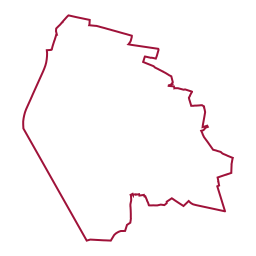 Bergen op Zoom, Noord-Brabant, Netherlands
{"feature_id": "6326949B50303337761735", "entity_name": "Bergen op Zoom", "entity_type": "district", "adm_level": 2, "iso_a3": "NLD", "parent_name": "Netherlands", "parent_adm1": "Noord-Brabant", "projection": "equal_earth", "projection_center": [4.307, 51.505], "detail": "fine", "context": "isolated", "style": "outline", "palette": "rose", "viewbox_px": 256, "rotation_deg": 0, "n_neighbors": 0, "source": "geoboundaries", "source_scale": "gbopen_adm2", "svg_char_len": 4899}
<svg xmlns="http://www.w3.org/2000/svg" viewBox="0 0 256 256"><path d="M86.7,240.6L89.5,239.8L90.1,239.6L90.3,239.6L90.7,239.6L103.5,240.3L106.5,240.4L110.8,240.6L114.1,235.1L114.4,234.8L114.7,234.5L114.9,234.3L115.3,234.0L115.8,233.5L116.2,233.2L116.9,232.8L117.5,232.4L118.3,232.0L118.7,231.8L119.1,231.6L120.0,231.3L120.5,231.1L120.9,231.0L121.3,231.0L121.6,231.0L121.9,231.0L123.3,231.0L125.1,230.9L127.0,224.9L129.4,223.3L130.3,222.7L130.6,220.7L130.7,220.3L130.7,219.9L130.9,218.5L130.8,217.6L130.8,217.4L130.8,217.2L130.8,215.5L130.8,214.8L130.8,213.8L130.7,210.2L130.5,206.7L130.4,206.4L130.4,204.3L131.0,201.3L131.1,200.8L131.2,200.2L131.2,199.9L131.2,199.5L131.0,196.1L131.0,195.8L130.9,195.6L130.8,195.3L130.6,194.9L132.5,193.9L132.6,194.4L132.7,194.7L132.8,194.8L133.1,195.3L133.2,194.6L135.7,194.3L135.8,194.7L139.1,194.2L139.4,195.6L143.8,194.9L143.8,195.0L144.5,196.5L145.0,196.4L145.3,196.3L145.4,196.6L145.5,196.9L145.8,197.4L146.4,198.9L146.8,199.7L147.0,200.6L147.8,202.2L148.3,203.4L148.5,204.0L148.6,204.6L148.9,205.3L149.1,205.4L149.3,205.4L149.7,205.4L151.1,205.4L152.0,205.4L153.1,205.3L155.0,205.4L157.3,205.4L157.7,205.3L160.8,204.6L164.2,205.1L164.3,205.1L164.5,205.0L166.7,203.2L166.7,201.7L171.8,198.3L172.9,199.0L174.9,200.4L176.1,201.2L179.0,203.1L183.5,206.0L188.7,201.0L190.2,202.5L190.6,202.8L191.0,203.1L191.2,203.3L191.8,203.6L192.1,203.8L192.8,204.2L193.4,204.4L194.1,204.6L196.5,205.2L200.7,206.1L215.2,209.2L223.5,211.0L224.9,211.3L225.0,211.2L222.5,203.2L221.9,201.2L219.8,194.4L218.4,189.9L217.3,186.3L219.1,185.5L218.7,183.5L218.6,182.8L218.4,182.2L218.5,182.2L218.1,180.0L217.8,178.4L217.6,177.5L220.2,176.6L226.7,174.4L226.7,174.5L231.3,172.9L231.3,172.1L231.5,166.8L231.6,164.5L231.5,164.3L231.7,163.3L231.9,162.3L232.1,161.0L232.3,159.9L232.5,159.0L232.5,158.7L232.8,157.9L231.8,157.5L228.6,156.2L227.6,155.8L227.0,155.5L226.4,155.2L225.2,154.7L223.0,153.8L222.8,153.6L222.6,153.5L222.4,153.4L222.2,153.3L220.8,152.0L220.6,151.9L220.3,151.8L217.5,151.0L216.1,150.5L213.3,149.8L212.9,149.6L212.7,149.2L208.9,143.8L208.0,142.5L206.4,140.3L206.3,140.2L204.4,137.6L204.1,137.2L203.8,136.7L203.7,136.4L202.8,134.6L202.6,134.0L202.2,132.9L201.2,130.8L203.4,130.2L205.3,128.1L205.5,127.9L205.7,127.7L206.0,127.5L207.0,127.2L207.8,126.9L207.2,125.7L203.8,126.8L203.0,127.0L202.6,127.1L202.7,126.5L202.8,125.4L203.1,123.7L203.7,120.4L203.8,119.8L203.9,119.3L204.2,117.6L204.3,117.1L204.8,114.1L205.1,112.4L205.1,112.2L205.1,111.9L204.6,109.4L204.4,108.7L204.2,108.1L204.3,108.1L204.2,107.6L204.0,106.5L204.0,106.4L203.8,106.3L203.1,105.9L202.1,105.3L202.0,105.2L200.1,105.3L199.5,105.4L199.4,105.4L196.4,105.6L195.9,105.6L194.8,105.6L194.1,105.7L193.3,105.8L191.2,105.8L190.9,104.7L190.2,102.4L189.8,101.0L189.5,100.2L189.3,99.5L189.1,98.6L188.9,97.9L188.9,97.7L189.0,97.5L189.6,96.5L189.7,96.3L189.9,96.0L189.9,95.7L190.0,95.5L190.7,94.1L191.4,92.8L191.8,92.2L192.0,91.9L192.0,91.7L190.8,91.2L190.0,91.0L189.1,90.7L185.0,89.4L184.6,89.5L184.3,89.6L184.0,89.7L183.9,89.7L183.5,89.7L183.3,89.6L182.8,89.5L180.2,88.8L177.9,88.2L177.7,88.2L176.9,88.2L175.3,88.2L174.8,88.2L174.7,88.2L174.4,88.3L174.4,88.2L173.9,86.4L168.7,85.9L168.8,85.3L169.4,85.2L169.9,85.0L172.4,84.0L172.3,83.9L172.2,83.8L171.8,83.6L172.8,82.2L171.3,76.3L169.9,75.6L169.4,75.4L168.2,74.6L165.4,72.9L163.3,71.8L163.1,71.7L162.8,71.4L162.5,71.4L162.4,71.3L158.9,69.5L158.7,69.4L158.4,69.2L155.1,67.6L153.6,66.2L150.9,65.1L143.1,62.0L143.1,61.9L143.3,61.6L143.5,60.9L144.5,57.6L144.9,56.5L145.0,56.5L150.4,57.7L150.7,57.8L150.9,57.8L151.4,57.7L151.5,57.7L153.2,58.0L155.8,58.6L156.9,55.7L157.0,55.3L158.1,51.4L158.4,50.4L158.5,50.0L158.5,49.6L158.3,48.9L158.2,48.8L131.6,44.9L129.0,44.4L128.5,44.3L128.6,44.2L129.6,42.8L130.1,42.1L130.5,41.4L130.8,40.7L131.4,38.4L131.6,37.7L131.8,36.9L131.8,36.1L131.8,35.7L127.9,34.6L126.9,34.3L126.2,34.1L123.2,33.3L117.2,31.6L113.6,30.6L112.1,30.2L110.8,29.8L107.8,29.0L105.4,28.3L104.7,28.1L100.5,27.0L98.8,26.5L97.2,26.1L96.9,26.0L96.5,25.9L95.0,25.8L90.9,25.4L90.1,25.3L89.3,25.2L89.2,25.2L89.3,24.9L89.4,24.5L89.4,24.2L89.5,23.8L89.6,21.5L89.7,21.0L89.7,19.9L86.7,19.3L76.6,17.2L71.7,16.1L69.5,15.6L68.5,15.4L68.1,15.7L67.4,16.4L67.1,16.7L66.7,17.1L66.0,17.9L63.4,20.8L62.4,22.0L62.0,22.4L62.1,22.5L61.9,22.6L61.5,23.1L59.8,25.0L58.8,25.9L58.4,26.3L58.1,26.6L56.2,28.5L56.0,31.0L56.0,31.3L56.1,31.5L56.2,32.0L56.8,34.4L56.5,34.3L56.3,34.4L56.2,34.6L56.2,34.8L56.2,35.0L54.5,40.4L54.3,40.7L54.3,40.9L54.2,41.1L52.9,45.2L52.4,46.9L52.1,48.1L52.0,48.6L51.7,48.5L51.8,48.6L51.8,48.9L51.8,49.1L51.7,49.3L51.6,49.5L51.2,49.6L51.2,49.8L50.6,49.8L50.4,49.9L50.3,50.0L46.8,50.2L47.1,53.3L47.0,56.3L46.7,59.4L46.2,62.5L45.4,65.5L44.3,68.5L43.1,71.4L32.6,94.7L31.5,97.3L31.3,97.6L31.1,98.2L27.4,106.4L26.1,109.3L25.0,112.3L24.2,115.3L23.6,118.3L23.2,121.4L23.2,124.5L23.4,128.5L38.9,155.9L57.1,188.2L86.7,240.6Z" fill="none" stroke="#9f1239" stroke-width="2"/></svg>